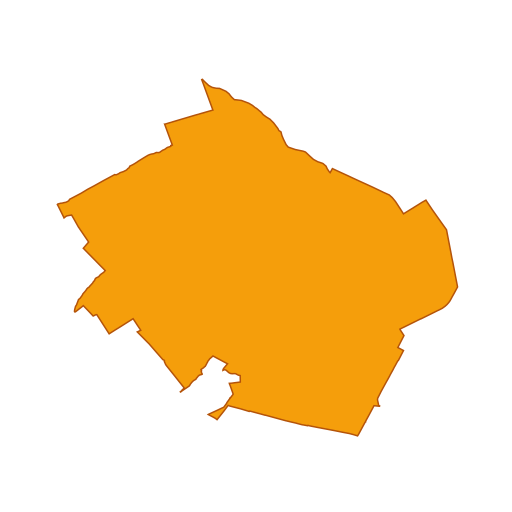 Nicolae Balcescu, Constanta, Romania (Equal Earth projection), rotated 8°
{"feature_id": "2599482B82722898963423", "entity_name": "Nicolae Balcescu", "entity_type": "district", "adm_level": 2, "iso_a3": "ROU", "parent_name": "Romania", "parent_adm1": "Constanta", "projection": "equal_earth", "projection_center": [28.337, 44.408], "detail": "fine", "context": "isolated", "style": "filled", "palette": "amber", "viewbox_px": 512, "rotation_deg": 8, "n_neighbors": 0, "source": "geoboundaries", "source_scale": "gbopen_adm2", "svg_char_len": 5750}
<svg xmlns="http://www.w3.org/2000/svg" viewBox="0 0 512 512"><g transform="rotate(8 256 256)"><path d="M308.5,415.0L308.8,415.0L313.9,415.5L318.7,415.9L320.0,416.1L321.8,416.3L325.2,416.7L325.8,416.7L326.7,416.7L330.8,416.9L331.0,416.8L331.1,416.5L332.5,416.7L335.2,416.9L337.6,417.0L340.9,417.2L343.7,417.3L345.3,417.4L352.2,417.7L358.0,418.0L366.5,418.5L373.1,418.8L377.3,419.3L381.6,420.0L382.3,418.5L383.5,415.3L387.0,405.9L387.2,405.4L387.4,405.2L387.7,405.0L387.6,404.5L387.6,404.2L389.7,398.7L390.1,397.6L393.7,387.8L393.8,387.8L399.2,387.6L399.2,387.2L398.4,387.3L397.7,385.3L396.9,383.1L396.4,381.8L396.3,381.0L396.3,380.3L396.3,379.8L396.7,378.7L397.2,377.3L397.7,375.8L398.2,374.4L398.6,373.1L402.8,362.0L403.8,359.5L404.2,358.4L405.0,356.3L405.2,355.7L405.3,355.3L407.5,349.6L408.4,346.9L409.0,345.5L411.0,340.1L411.5,339.7L415.2,329.1L410.6,327.4L409.2,326.9L411.9,319.1L413.6,314.2L408.7,308.6L408.6,308.4L416.3,303.2L428.0,295.2L428.1,295.3L437.2,289.1L443.6,284.7L444.3,284.3L447.7,281.9L450.2,279.5L451.8,277.6L453.4,275.2L453.8,274.4L454.2,273.7L454.6,272.7L455.2,271.2L455.8,269.5L457.4,265.4L459.9,258.6L451.8,234.9L450.3,230.8L448.3,224.8L445.9,217.8L441.0,203.5L435.4,197.6L430.4,192.3L425.5,187.1L425.4,187.0L424.0,185.5L416.6,177.2L416.0,177.5L416.0,177.4L412.6,180.0L410.5,181.8L396.2,193.7L388.0,184.3L386.5,182.6L382.9,179.3L379.5,177.0L372.9,175.1L372.6,175.0L372.4,174.9L362.3,171.7L356.3,169.9L351.2,168.4L341.2,165.4L336.7,164.0L328.0,161.4L319.5,158.8L317.8,163.2L317.2,162.8L314.9,160.3L314.3,159.6L314.0,159.1L313.3,158.0L312.9,157.3L312.7,157.2L309.6,155.2L309.1,155.0L306.1,154.4L304.8,154.2L304.2,154.1L303.9,154.0L300.1,152.6L299.4,152.3L298.5,151.7L295.4,149.6L290.9,146.4L290.5,146.2L290.3,146.1L289.5,145.9L287.8,145.6L286.0,145.5L280.1,145.1L272.8,143.7L270.3,141.5L266.9,136.5L264.8,132.9L263.5,129.7L263.1,129.4L261.4,128.7L261.0,128.3L260.0,126.8L255.0,121.8L252.2,119.7L250.8,118.6L246.9,116.9L243.4,115.0L241.1,112.9L239.1,111.7L237.1,110.4L235.7,109.6L235.0,109.4L234.2,109.0L231.6,107.4L227.6,105.7L227.1,105.6L219.9,104.0L219.5,104.0L214.3,104.1L213.0,104.2L212.7,104.1L210.1,102.3L208.7,101.1L207.0,99.4L206.7,99.1L204.2,97.6L203.4,97.1L197.6,95.4L196.4,95.1L195.7,95.2L194.3,95.3L193.4,95.4L191.4,95.3L189.2,95.1L188.8,95.0L187.4,94.5L186.2,94.0L185.3,93.7L184.3,92.9L182.1,91.4L180.6,90.3L179.4,89.4L178.7,88.8L178.4,88.5L178.0,88.7L177.7,88.9L180.0,93.1L184.4,101.4L193.0,117.5L175.9,125.1L159.9,132.4L151.8,136.1L147.3,138.2L147.2,138.2L153.5,150.0L157.7,157.8L157.4,158.0L156.4,158.3L156.2,158.5L156.3,159.3L155.1,159.9L153.2,160.8L152.6,161.3L152.0,161.9L151.0,162.9L149.5,163.9L149.0,164.1L147.7,165.3L146.1,166.8L145.5,167.1L144.4,167.2L142.8,167.4L142.5,167.6L140.7,168.8L139.6,169.2L138.3,169.6L136.5,170.4L134.9,171.4L131.3,174.3L126.0,178.7L126.0,178.8L123.1,181.3L121.3,182.7L118.4,184.7L118.2,186.1L117.0,187.2L115.8,188.9L114.9,189.5L113.2,190.7L112.1,191.3L110.4,192.1L109.7,192.5L108.8,193.4L106.4,195.0L105.3,195.1L104.8,195.0L94.7,202.4L86.0,209.0L82.7,211.4L80.6,212.9L79.7,213.6L74.2,218.1L63.5,225.8L62.9,227.3L62.6,227.6L61.4,228.5L60.4,229.2L58.3,229.9L57.2,230.4L56.0,230.8L55.3,230.9L52.5,232.1L52.1,232.7L52.9,233.7L60.3,244.5L60.6,245.0L62.3,243.2L63.0,242.7L64.0,242.3L67.7,241.1L70.0,244.0L76.4,252.4L76.6,252.4L77.2,253.2L82.1,258.6L87.0,264.0L88.3,265.5L83.9,272.4L90.4,277.4L96.3,281.9L102.4,286.6L108.7,291.4L108.3,292.0L107.5,293.3L105.1,295.5L104.1,296.7L103.1,298.4L101.0,299.8L100.2,300.5L99.9,301.2L99.5,302.8L98.6,304.0L98.0,305.5L95.5,309.1L95.4,309.5L95.1,309.9L94.5,310.4L93.8,311.1L93.0,312.2L92.5,313.4L92.3,313.8L91.8,314.6L91.4,315.3L90.6,316.4L90.4,316.8L89.9,317.5L89.6,318.4L89.3,319.3L88.2,321.3L87.7,322.3L86.4,323.7L86.3,323.8L86.1,324.8L85.2,328.7L85.2,329.1L84.3,331.0L83.9,334.3L83.9,335.7L84.0,336.3L84.3,336.6L84.5,336.6L84.9,336.4L85.0,336.4L91.4,329.8L91.9,329.2L97.5,333.6L103.1,338.1L103.3,338.0L105.3,336.6L106.4,336.2L106.5,336.2L113.9,344.8L121.4,353.5L121.5,353.4L126.9,348.8L132.3,344.3L137.7,339.7L143.0,335.2L145.5,338.0L148.2,341.1L150.9,344.1L152.2,345.6L149.0,347.7L152.8,350.6L160.4,356.4L162.4,357.9L170.3,364.8L178.2,371.6L179.2,371.8L180.0,372.6L179.9,373.3L180.1,373.6L180.7,374.5L181.6,376.0L182.3,376.8L189.5,383.6L192.8,386.7L197.2,390.9L203.3,396.7L202.4,397.9L201.5,398.9L201.2,399.7L200.0,401.0L200.3,401.2L201.0,400.4L201.8,399.6L208.0,394.0L208.4,393.3L208.7,392.4L209.2,391.4L210.1,389.9L210.8,389.0L211.3,388.3L212.1,387.6L213.6,386.5L213.9,385.6L214.9,384.0L215.3,383.3L215.6,382.8L216.1,382.4L216.4,381.9L218.7,380.9L219.2,380.5L219.1,380.2L218.8,379.8L218.3,379.3L218.2,378.5L218.1,378.3L217.9,378.0L217.8,377.8L217.9,377.5L218.0,377.3L218.0,376.9L217.9,376.7L217.7,376.6L217.4,376.3L217.3,376.2L217.5,375.9L217.7,375.6L218.6,374.9L219.7,373.9L220.5,372.8L220.9,372.5L221.1,372.3L221.2,372.0L221.7,370.8L222.1,369.6L222.5,368.4L222.7,368.2L222.8,367.5L223.2,366.5L223.8,365.6L224.2,364.8L224.4,364.3L225.0,363.7L226.9,361.5L227.3,361.0L240.3,365.8L242.8,366.7L239.8,371.5L239.2,372.8L239.2,373.8L239.5,373.6L240.4,373.1L241.2,373.0L241.8,373.1L242.5,373.4L245.3,375.3L247.1,375.9L248.7,375.9L251.4,375.4L252.6,375.5L253.8,376.0L255.0,376.4L255.5,376.5L257.0,376.6L257.7,381.0L258.0,383.0L252.8,384.4L249.3,385.4L247.3,385.8L247.6,386.5L248.1,387.3L248.6,388.2L252.6,395.9L252.5,396.3L250.2,400.3L249.8,400.4L249.8,401.0L247.6,405.2L247.5,405.7L247.3,406.2L245.2,410.1L244.9,410.4L243.1,411.5L239.2,414.1L233.6,417.7L230.8,419.5L230.7,419.6L236.8,421.8L238.5,422.5L240.2,423.5L245.7,414.2L249.2,407.8L250.7,408.2L262.1,409.5L270.5,410.8L270.9,410.9L271.4,410.4L276.1,411.0L282.8,411.8L285.7,412.2L287.2,412.4L287.4,412.3L296.0,413.4L308.5,415.0Z" fill="#f59e0b" stroke="#b45309" stroke-width="1.5"/></g></svg>